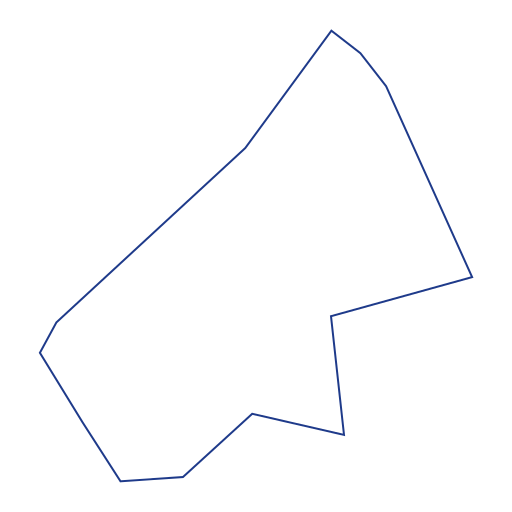 SVG path tracing the border of Ventspils
{"feature_id": "LVA-4852", "entity_name": "Ventspils", "entity_type": "Republican City", "adm_level": 1, "iso_a3": "LVA", "parent_name": "Latvia", "parent_adm1": "", "projection": "natural_earth1", "projection_center": [21.584, 57.407], "detail": "fine", "context": "isolated", "style": "outline", "palette": "blue", "viewbox_px": 512, "rotation_deg": 0, "n_neighbors": 0, "source": "natural_earth", "source_scale": "10m", "svg_char_len": 288}
<svg xmlns="http://www.w3.org/2000/svg" viewBox="0 0 512 512"><path d="M39.9,352.8L56.4,322.4L245.3,148.0L331.4,30.7L360.4,53.2L386.1,86.2L472.1,277.1L331.0,316.2L344.0,434.9L252.2,413.8L183.0,477.0L120.5,481.3L82.6,422.4L39.9,352.8Z" fill="none" stroke="#1e3a8a" stroke-width="2"/></svg>